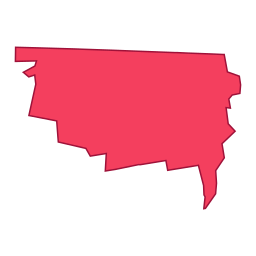 the district of Franklin, Massachusetts, United States of America
{"feature_id": "52423323B1749391597269", "entity_name": "Franklin", "entity_type": "district", "adm_level": 2, "iso_a3": "USA", "parent_name": "United States of America", "parent_adm1": "Massachusetts", "projection": "equal_earth", "projection_center": [-72.569, 42.522], "detail": "fine", "context": "isolated", "style": "filled", "palette": "rose", "viewbox_px": 256, "rotation_deg": 0, "n_neighbors": 0, "source": "geoboundaries", "source_scale": "gbopen_adm2", "svg_char_len": 748}
<svg xmlns="http://www.w3.org/2000/svg" viewBox="0 0 256 256"><path d="M28.9,115.5L56.7,120.9L58.3,142.0L85.9,148.4L90.3,156.1L106.3,153.5L105.3,171.0L115.3,169.4L138.6,164.6L140.1,164.7L150.6,163.0L165.9,160.5L167.7,170.3L198.4,165.3L203.6,185.5L204.0,194.9L205.1,196.9L203.8,208.7L205.4,208.4L215.6,193.8L216.5,183.3L215.7,170.6L224.3,157.8L222.0,143.7L235.1,131.2L228.2,123.8L226.1,107.6L230.4,108.1L228.8,99.0L232.2,95.0L239.9,93.4L240.6,84.9L239.3,76.2L227.4,71.9L224.2,54.5L223.4,54.5L212.0,54.0L187.8,53.1L176.8,52.6L174.7,52.6L158.3,52.0L110.5,50.2L81.0,49.2L75.9,49.0L55.1,48.4L41.7,48.0L15.6,47.3L15.4,61.4L36.5,60.9L34.9,66.0L23.3,72.3L28.8,76.9L34.7,75.0L35.8,84.2L28.9,115.5Z" fill="#f43f5e" stroke="#9f1239" stroke-width="1.5"/></svg>